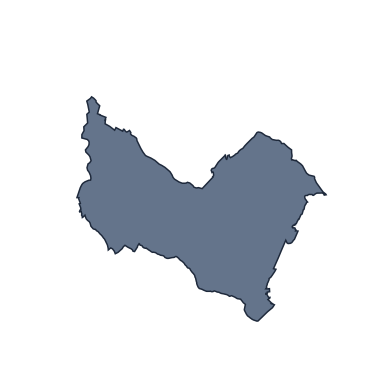 the district of Darmanesti, Arges, Romania, rotated 135°
{"feature_id": "2599482B43149351667502", "entity_name": "Darmanesti", "entity_type": "district", "adm_level": 2, "iso_a3": "ROU", "parent_name": "Romania", "parent_adm1": "Arges", "projection": "equal_earth", "projection_center": [24.892, 44.998], "detail": "fine", "context": "isolated", "style": "filled", "palette": "slate", "viewbox_px": 384, "rotation_deg": 135, "n_neighbors": 0, "source": "geoboundaries", "source_scale": "gbopen_adm2", "svg_char_len": 5944}
<svg xmlns="http://www.w3.org/2000/svg" viewBox="0 0 384 384"><g transform="rotate(135 192 192)"><path d="M286.7,233.8L286.9,232.1L286.4,230.5L286.7,227.1L286.6,225.9L286.7,224.2L287.1,222.0L287.1,220.8L287.6,219.1L289.3,214.3L291.0,211.6L292.2,210.2L289.0,209.9L288.4,208.0L288.8,205.1L289.9,202.6L286.9,201.6L281.3,201.3L280.0,201.7L279.0,201.8L277.1,201.7L276.4,198.4L275.2,194.8L275.1,193.9L275.1,193.0L275.6,191.8L274.7,190.5L269.5,191.7L268.7,192.3L265.9,192.9L265.8,192.5L266.3,191.1L265.5,189.9L265.3,189.4L265.6,188.3L265.7,187.6L265.4,187.0L265.5,186.4L265.1,185.9L264.8,185.2L263.9,184.4L264.0,183.8L263.7,183.0L263.7,182.0L263.3,180.6L263.0,178.5L262.8,177.8L262.4,177.1L261.8,176.7L261.4,176.0L260.7,175.1L260.2,172.4L259.6,171.4L259.2,170.5L259.1,169.8L257.5,167.5L257.3,167.0L257.2,166.1L257.4,164.8L256.6,162.8L255.7,161.8L252.6,159.8L250.9,158.4L249.3,158.0L248.8,157.6L248.6,157.0L248.4,155.8L248.3,154.0L248.6,153.1L248.4,152.3L248.4,151.5L248.1,150.7L247.9,148.2L248.0,146.5L248.3,146.0L248.4,144.9L248.3,143.6L248.4,142.9L248.7,142.2L248.6,141.1L248.0,140.4L247.8,139.1L248.3,137.6L248.7,134.9L248.7,133.3L248.9,132.2L249.0,131.3L250.0,129.7L250.4,128.5L252.3,125.5L252.7,124.6L253.5,123.8L254.3,122.0L254.9,120.5L255.1,118.6L253.8,116.3L253.1,114.2L252.0,111.6L251.2,110.7L249.7,109.2L249.2,109.0L248.8,107.9L247.7,106.8L246.2,106.3L245.2,104.3L245.0,103.5L244.3,102.7L243.9,102.1L243.1,99.7L241.7,97.7L239.9,94.7L239.5,93.4L239.3,91.9L239.1,91.6L237.3,90.7L236.0,87.2L235.4,84.6L233.4,81.8L233.6,80.7L233.7,79.4L234.0,77.4L233.7,74.8L238.1,71.9L238.6,71.2L239.9,67.2L240.3,65.2L239.6,60.0L239.0,58.0L237.4,54.8L236.5,54.1L223.2,53.9L216.9,53.3L213.5,54.0L214.0,55.3L213.9,56.1L214.2,56.3L214.5,56.3L214.7,56.5L215.0,57.2L214.3,57.2L214.3,61.0L214.4,62.3L212.4,62.0L211.8,62.0L211.5,62.2L211.4,62.4L213.2,62.7L212.6,62.9L212.3,63.1L212.0,65.0L211.5,66.1L211.6,66.6L211.6,67.1L212.1,67.4L212.1,67.6L211.5,68.1L210.3,67.2L209.6,68.0L207.6,66.6L205.6,68.9L207.1,70.1L208.3,71.4L206.6,71.7L206.1,72.5L205.7,72.8L204.5,73.2L203.5,74.0L201.9,74.5L201.5,74.7L199.5,75.5L198.7,76.3L196.6,76.0L194.1,76.4L189.6,77.3L187.3,78.0L188.3,79.6L188.2,79.6L188.5,80.2L177.1,84.6L170.3,87.4L159.8,91.6L160.8,88.8L160.5,87.6L158.8,86.2L157.4,85.7L155.9,85.8L154.7,86.1L153.0,86.1L144.7,89.4L145.1,89.9L145.5,90.6L145.8,91.0L146.3,91.3L145.2,92.0L145.4,92.7L145.2,92.8L144.7,93.6L144.9,94.2L145.7,94.9L146.2,95.6L146.2,95.8L145.5,95.9L145.4,96.8L143.7,96.9L143.4,96.4L143.2,96.3L142.9,96.0L142.5,96.3L142.0,95.9L141.8,96.3L141.3,96.0L140.9,96.2L140.7,96.0L140.4,96.0L139.7,96.2L138.6,96.7L138.1,96.9L137.6,96.9L137.1,97.1L135.8,97.5L135.6,97.1L131.6,98.7L130.7,98.9L130.2,98.6L129.6,98.6L125.9,100.7L125.5,100.7L125.2,100.5L124.1,101.1L122.5,102.3L120.6,102.9L119.6,103.0L119.0,103.4L118.6,103.5L118.0,103.4L117.4,103.2L117.4,104.3L117.0,105.5L117.0,106.2L116.8,107.2L116.2,108.3L115.8,108.9L115.1,109.3L114.3,109.2L113.6,108.7L112.8,107.9L112.0,107.9L111.3,107.7L110.3,106.9L109.8,106.2L109.2,105.7L108.8,105.3L108.9,104.7L108.8,104.1L108.4,103.7L108.0,103.6L107.4,103.7L105.5,103.3L104.6,103.0L104.3,102.6L104.0,102.5L103.6,102.2L103.3,101.7L102.4,100.9L101.5,100.0L100.8,99.5L100.5,99.0L100.3,98.3L100.3,97.6L100.4,97.0L100.7,96.3L99.1,95.2L98.9,95.9L99.3,99.5L97.5,110.6L95.9,114.8L94.8,115.8L94.6,116.8L97.3,121.2L97.7,124.2L97.1,126.5L95.3,132.4L95.3,135.0L95.9,138.7L96.0,140.9L96.9,141.1L97.2,142.0L97.6,142.4L97.8,142.8L97.7,142.9L98.1,143.4L98.1,143.7L98.5,144.0L98.8,144.3L98.1,145.3L95.9,146.6L95.0,147.7L93.9,149.2L91.8,151.4L91.8,151.5L92.0,152.5L92.5,156.1L92.7,161.3L94.4,163.0L93.7,164.8L93.8,166.4L94.4,167.6L95.8,168.9L98.1,172.3L98.4,174.8L98.2,176.0L99.6,178.7L100.2,180.1L100.9,184.4L101.5,185.8L102.8,187.6L104.1,188.1L108.9,187.1L109.8,187.1L111.5,187.4L119.0,187.4L122.0,187.3L125.2,186.9L127.3,187.5L129.2,187.7L130.4,187.6L132.3,187.2L133.8,187.8L134.6,188.0L135.7,187.9L138.3,188.4L140.5,189.1L140.4,190.4L140.1,191.4L139.7,191.7L139.6,191.8L140.6,192.4L140.8,192.4L141.6,192.2L142.0,192.0L142.7,191.3L143.3,191.2L143.7,190.8L143.9,190.8L144.4,190.5L144.5,190.6L144.4,191.4L143.6,192.9L142.3,194.3L142.3,194.7L143.1,194.5L151.5,194.5L152.8,194.4L158.7,193.1L159.8,193.4L160.4,193.9L161.4,194.3L162.1,194.2L163.1,193.8L163.4,193.2L163.6,192.6L164.1,191.7L163.5,191.6L163.1,191.4L163.0,191.1L163.0,190.9L164.8,188.6L165.5,188.2L166.6,188.2L166.7,187.7L182.4,187.2L184.4,190.6L185.7,191.4L186.4,192.3L187.2,194.1L186.8,195.9L187.2,199.9L188.4,202.1L189.5,202.3L190.7,203.1L192.7,205.1L194.1,208.3L195.3,213.5L195.1,215.7L194.1,218.1L193.2,221.9L193.7,228.5L194.6,232.3L195.5,234.9L195.9,240.6L197.1,245.2L198.5,248.7L199.1,250.7L198.5,254.8L197.4,259.0L194.6,267.2L193.4,268.8L193.2,269.7L193.6,272.3L194.5,274.7L194.4,276.5L193.2,277.3L192.7,279.7L193.7,279.9L195.4,280.4L195.9,280.8L196.0,281.1L196.0,282.9L195.8,283.6L195.6,284.0L196.1,284.8L198.0,284.0L200.2,291.3L203.0,290.4L203.8,296.7L205.2,301.7L203.5,303.2L202.1,304.2L202.5,304.5L200.1,305.6L202.7,311.7L202.4,311.8L203.5,314.2L196.3,318.2L196.3,320.2L196.4,321.3L196.2,323.5L195.3,324.4L195.2,325.7L195.2,328.0L195.4,328.8L195.7,330.3L197.7,330.0L202.1,330.7L203.8,327.6L208.1,321.2L211.4,321.3L217.0,314.6L222.4,314.6L225.0,311.7L229.2,310.5L231.7,308.1L228.9,303.2L228.9,301.2L229.5,300.0L231.1,298.5L233.1,297.6L237.6,297.1L238.8,295.3L238.8,291.1L239.2,289.1L241.2,285.5L243.7,285.0L245.6,285.4L249.1,283.4L250.4,281.2L250.8,278.7L252.1,275.4L253.7,273.2L255.4,272.1L256.5,273.2L259.6,274.5L260.7,274.9L263.3,275.3L265.0,275.0L268.0,274.0L277.3,269.4L276.1,268.1L276.6,268.0L279.0,262.9L280.2,263.4L281.6,260.0L282.0,259.5L282.7,258.4L283.0,258.5L284.3,258.2L285.3,257.8L285.5,257.4L284.0,256.7L284.7,255.8L285.3,254.5L286.4,253.8L286.7,252.7L287.6,251.5L286.7,251.3L284.1,251.3L285.3,249.0L285.8,247.6L285.9,245.6L285.6,243.7L286.1,242.0L287.7,239.2L287.9,235.8L287.3,234.5L286.7,233.8Z" fill="#64748b" stroke="#1e293b" stroke-width="1.5"/></g></svg>